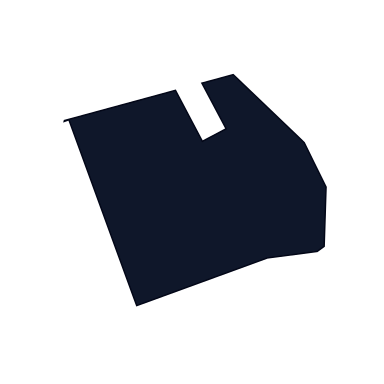 56, Ar Rayyān, Qatar, rotated 15°
{"feature_id": "91078587B78066269672175", "entity_name": "56", "entity_type": "district", "adm_level": 2, "iso_a3": "QAT", "parent_name": "Qatar", "parent_adm1": "Ar Rayyān", "projection": "mercator", "projection_center": [51.499, 25.212], "detail": "fine", "context": "isolated", "style": "filled", "palette": "ink", "viewbox_px": 384, "rotation_deg": 15, "n_neighbors": 0, "source": "geoboundaries", "source_scale": "gbopen_adm2", "svg_char_len": 427}
<svg xmlns="http://www.w3.org/2000/svg" viewBox="0 0 384 384"><g transform="rotate(15 192 192)"><path d="M333.7,210.3L333.2,208.1L323.3,165.8L320.2,152.5L302.1,131.9L287.6,115.3L281.2,111.7L202.2,68.4L201.4,68.0L173.4,84.3L208.6,122.1L188.9,140.4L149.7,98.1L50.3,156.0L50.3,156.9L54.4,154.1L162.4,308.1L168.0,316.0L236.9,267.7L281.8,236.2L328.3,217.0L333.7,210.3Z" fill="#0f172a" stroke="#020617" stroke-width="1.5"/></g></svg>